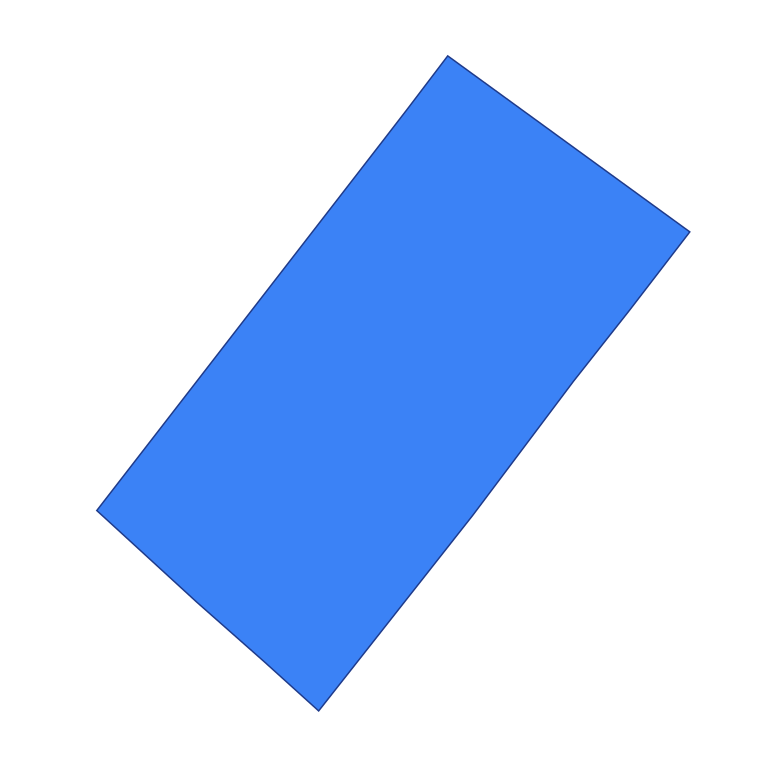 outline of Franklin, Alabama, United States of America, rotated 306°
{"feature_id": "52423323B7214659914962", "entity_name": "Franklin", "entity_type": "district", "adm_level": 2, "iso_a3": "USA", "parent_name": "United States of America", "parent_adm1": "Alabama", "projection": "mercator", "projection_center": [-87.887, 34.443], "detail": "fine", "context": "isolated", "style": "filled", "palette": "blue", "viewbox_px": 768, "rotation_deg": 306, "n_neighbors": 0, "source": "geoboundaries", "source_scale": "gbopen_adm2", "svg_char_len": 322}
<svg xmlns="http://www.w3.org/2000/svg" viewBox="0 0 768 768"><g transform="rotate(306 384 384)"><path d="M97.4,361.2L88.7,452.6L88.4,455.1L81.1,523.3L330.2,533.0L497.6,535.7L588.1,539.3L686.8,542.0L686.9,242.7L620.0,241.3L585.0,240.3L112.8,226.0L97.4,361.2Z" fill="#3b82f6" stroke="#1e3a8a" stroke-width="1.5"/></g></svg>